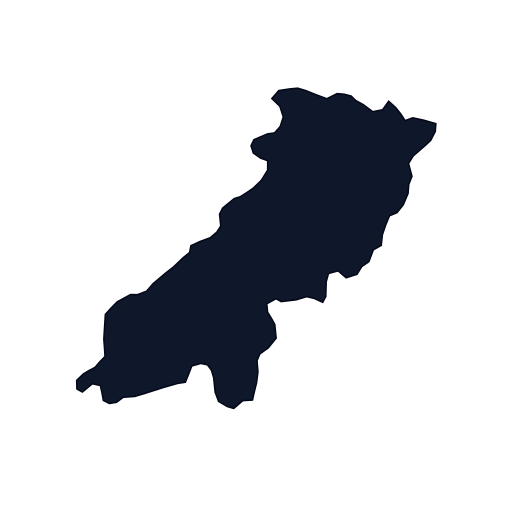 Aparecida, São Paulo, Brazil (orthographic projection), rotated 222°
{"feature_id": "56859067B61499602209927", "entity_name": "Aparecida", "entity_type": "district", "adm_level": 2, "iso_a3": "BRA", "parent_name": "Brazil", "parent_adm1": "São Paulo", "projection": "orthographic", "projection_center": [-45.236, -22.909], "detail": "fine", "context": "isolated", "style": "filled", "palette": "ink", "viewbox_px": 512, "rotation_deg": 222, "n_neighbors": 0, "source": "geoboundaries", "source_scale": "gbopen_adm2", "svg_char_len": 1735}
<svg xmlns="http://www.w3.org/2000/svg" viewBox="0 0 512 512"><g transform="rotate(222 256 256)"><path d="M261.0,459.8L259.8,449.4L265.8,441.4L277.4,440.3L286.0,438.3L292.3,438.6L298.8,435.2L304.4,431.0L308.6,420.3L319.2,416.1L329.8,412.2L337.4,408.6L342.9,402.6L349.8,394.2L349.6,383.6L338.4,383.2L328.8,377.6L324.7,368.5L324.6,359.9L329.2,354.4L335.4,341.1L333.5,334.6L326.9,330.7L318.0,331.8L311.1,334.6L304.8,327.6L302.7,315.8L303.5,304.5L305.2,297.4L307.4,289.5L310.6,284.2L311.9,275.9L312.9,269.3L311.1,262.7L302.3,254.7L301.1,247.6L302.3,238.9L307.4,229.2L311.3,220.1L307.7,214.2L309.0,206.2L310.0,192.9L311.9,182.0L312.8,175.4L314.0,166.7L313.8,156.6L318.3,147.9L323.4,143.5L328.5,129.1L328.9,119.8L328.9,111.8L313.5,92.4L306.7,85.9L301.0,80.3L301.3,72.2L301.1,65.7L303.6,58.8L305.4,52.9L306.1,43.6L300.1,37.3L294.0,38.7L292.1,51.5L285.0,55.6L279.3,51.5L272.8,46.5L266.2,48.3L261.7,54.0L260.1,62.2L252.1,70.5L246.4,79.9L236.7,96.5L228.8,109.1L224.0,114.9L226.8,122.6L230.1,131.3L225.0,139.3L219.2,142.6L212.8,141.3L206.0,137.2L195.2,127.4L186.5,122.9L176.6,124.9L170.5,127.8L169.0,139.7L162.2,146.6L166.2,153.7L170.7,162.1L177.0,171.2L185.2,178.9L187.6,185.8L185.4,195.8L186.0,208.4L196.2,217.7L201.9,219.7L209.9,222.1L216.0,227.7L212.5,237.7L206.8,238.9L196.8,250.3L191.1,259.7L184.4,263.4L175.4,266.2L177.0,272.6L186.6,283.9L190.4,291.5L185.0,299.9L174.4,300.1L168.7,310.0L170.3,318.9L168.3,327.3L172.9,339.1L170.0,347.7L176.3,356.4L180.3,365.7L183.7,375.2L180.2,382.5L180.8,392.5L184.8,404.2L190.4,411.5L193.4,419.6L204.5,426.8L206.1,435.6L204.2,451.1L203.5,458.7L206.1,468.6L210.9,474.7L222.4,469.1L232.0,463.6L235.8,456.4L243.2,458.4L251.5,459.8L261.0,459.8Z" fill="#0f172a" stroke="#020617" stroke-width="1.5"/></g></svg>